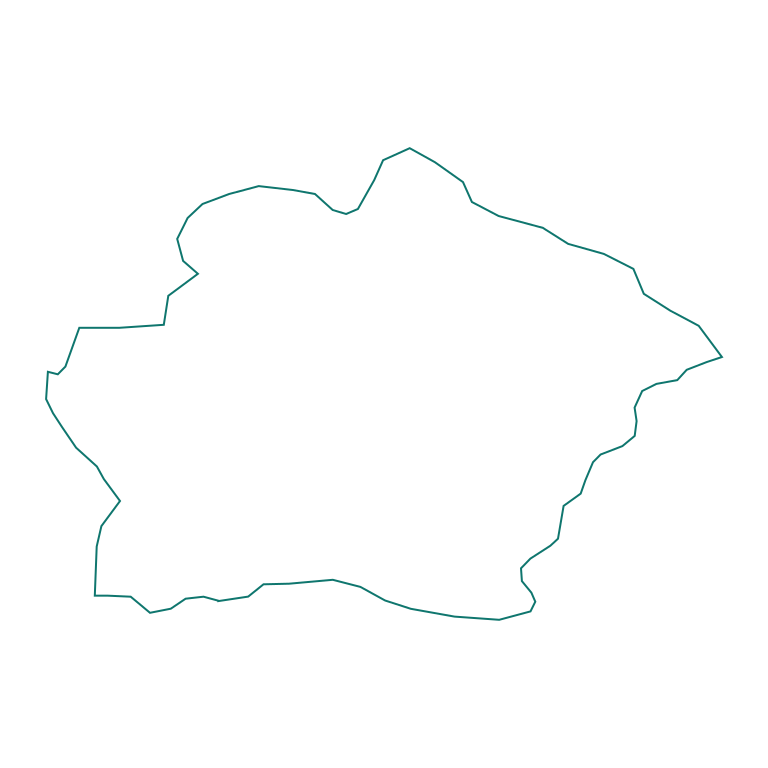 the district of Finspång, Östergötland, Sweden
{"feature_id": "70781695B24148973800204", "entity_name": "Finspång", "entity_type": "district", "adm_level": 2, "iso_a3": "SWE", "parent_name": "Sweden", "parent_adm1": "Östergötland", "projection": "robinson", "projection_center": [15.801, 58.843], "detail": "fine", "context": "isolated", "style": "outline", "palette": "teal", "viewbox_px": 768, "rotation_deg": 0, "n_neighbors": 0, "source": "geoboundaries", "source_scale": "gbopen_adm2", "svg_char_len": 1160}
<svg xmlns="http://www.w3.org/2000/svg" viewBox="0 0 768 768"><path d="M218.3,601.1L248.2,596.6L263.5,584.3L289.1,583.7L332.8,579.8L360.4,586.9L385.1,600.5L410.8,608.8L454.5,616.6L499.2,619.8L530.5,611.4L535.3,601.7L531.4,592.7L521.9,581.1L521.0,568.3L530.4,558.6L550.4,545.7L558.0,538.7L563.6,505.9L580.7,493.6L585.4,480.2L593.0,462.2L600.6,454.5L622.4,446.1L634.7,435.9L636.6,421.1L634.6,407.6L642.2,391.0L656.4,383.9L677.3,380.1L686.7,369.8L706.6,362.1L721.9,357.0L698.7,325.8L670.5,310.8L643.8,293.8L633.4,268.9L603.8,253.9L568.2,243.9L545.4,229.5L543.0,227.9L498.6,216.0L471.9,202.0L463.0,182.1L434.9,162.2L409.7,148.2L383.1,160.2L374.2,180.1L357.9,209.0L346.1,214.0L332.7,210.0L315.0,194.0L292.8,190.0L258.7,186.1L254.7,187.2L229.1,194.0L202.5,204.0L187.6,218.0L184.0,225.3L177.2,238.9L183.1,260.9L197.9,273.8L168.3,295.8L163.8,324.8L119.3,327.8L79.3,327.8L65.4,366.6L57.8,374.3L47.9,371.8L46.1,399.1L53.0,413.2L62.2,427.3L76.1,447.7L96.9,466.5L103.8,479.0L120.0,501.0L101.4,526.1L96.7,546.5L94.8,595.7L108.4,595.7L130.7,596.7L150.0,612.8L170.8,608.7L185.6,598.7L203.5,596.7L218.3,600.7L218.3,601.1Z" fill="none" stroke="#0f766e" stroke-width="2"/></svg>